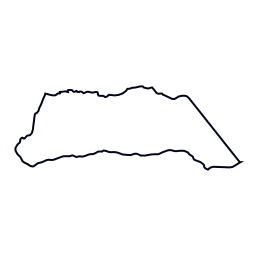 an SVG outline of Arauca
{"feature_id": "COL-1420", "entity_name": "Arauca", "entity_type": "Intendancy", "adm_level": 1, "iso_a3": "COL", "parent_name": "Colombia", "parent_adm1": "", "projection": "orthographic", "projection_center": [-71.152, 6.563], "detail": "fine", "context": "isolated", "style": "outline", "palette": "ink", "viewbox_px": 256, "rotation_deg": 0, "n_neighbors": 0, "source": "natural_earth", "source_scale": "10m", "svg_char_len": 2695}
<svg xmlns="http://www.w3.org/2000/svg" viewBox="0 0 256 256"><path d="M45.3,93.6L51.7,95.2L54.2,95.4L55.4,95.2L56.3,94.7L57.0,94.0L58.0,93.4L58.8,93.4L59.7,93.5L60.1,93.3L59.9,91.9L62.2,91.8L64.0,91.5L65.8,91.4L68.0,92.0L67.7,90.7L68.2,90.1L69.2,90.0L71.8,90.1L72.4,90.5L72.9,91.2L73.8,91.8L74.3,91.9L74.9,91.7L75.9,91.1L76.6,90.9L76.9,91.2L77.1,91.7L77.3,91.9L78.8,92.0L78.8,91.9L80.3,91.5L82.0,91.9L83.6,93.2L84.5,92.9L86.5,92.0L87.7,91.7L88.9,91.9L91.4,92.5L92.7,92.6L95.9,92.0L97.1,92.1L97.7,92.7L97.9,93.6L98.0,94.6L98.4,95.4L99.4,95.8L103.2,95.9L104.1,96.3L104.7,96.8L105.4,97.1L106.8,96.6L107.8,95.9L108.4,95.2L109.1,94.8L114.5,95.4L118.7,94.9L122.6,93.4L125.8,91.1L126.7,90.0L127.0,89.2L127.6,88.8L129.2,88.8L132.2,87.8L135.5,87.5L140.2,86.4L142.4,86.4L143.0,86.6L144.0,87.6L144.8,87.8L147.4,88.4L148.6,88.4L150.8,87.7L152.1,87.5L152.6,88.0L156.5,92.9L157.3,93.4L158.5,93.7L159.3,93.7L161.1,93.5L161.8,93.5L162.2,93.7L162.7,94.4L162.9,94.7L164.1,95.1L172.1,98.9L174.5,99.0L178.8,96.5L181.6,95.8L184.5,95.7L186.7,96.2L189.2,98.4L190.5,100.1L196.4,107.5L202.3,114.9L208.1,122.3L214.0,129.7L219.9,137.1L225.7,144.5L231.6,151.9L237.5,159.3L239.7,162.1L240.6,162.1L232.9,166.8L229.9,167.4L213.4,166.8L210.9,167.4L208.7,168.8L208.0,169.6L205.5,168.5L204.2,167.0L204.1,165.6L203.9,164.9L203.2,164.2L201.5,162.8L200.0,161.9L194.8,160.0L193.8,159.2L193.4,158.3L193.1,157.5L192.7,156.6L192.1,156.1L189.9,154.7L189.2,154.2L188.3,152.9L187.7,152.3L185.1,151.2L184.0,150.9L182.1,150.7L179.4,150.8L177.2,151.1L175.1,151.1L173.9,151.0L171.5,150.2L169.9,150.1L168.0,150.3L162.7,152.2L159.4,153.8L157.8,154.3L154.9,154.2L150.9,154.5L144.9,155.6L140.7,155.5L140.3,155.3L137.2,153.9L135.9,153.7L134.3,153.9L132.7,154.4L130.9,155.0L130.1,155.1L122.7,154.5L117.2,152.5L114.6,152.1L110.4,152.2L108.6,151.9L106.2,151.0L103.6,150.5L102.1,151.6L100.8,151.4L99.6,151.6L98.7,151.5L97.8,151.7L95.9,152.9L93.1,154.1L90.8,154.1L89.3,154.4L88.0,154.8L86.9,155.3L83.9,156.3L81.9,156.6L80.3,156.4L78.9,156.4L76.6,157.0L75.5,156.7L73.4,155.7L72.6,155.4L71.4,155.6L69.7,156.2L63.9,156.2L61.9,156.7L53.5,159.8L51.1,160.0L49.7,159.8L48.1,159.8L46.6,160.1L42.1,162.2L37.9,163.2L33.5,166.4L32.3,166.4L30.3,166.0L27.9,164.3L24.8,162.8L23.5,161.9L22.4,161.0L20.5,157.2L17.5,154.2L15.8,151.3L15.4,149.3L15.4,148.6L15.7,147.6L17.6,144.4L19.7,142.6L20.2,140.7L20.3,139.7L20.7,138.9L21.4,138.1L22.1,137.8L22.5,137.7L22.8,137.8L23.1,138.1L23.6,138.5L24.2,138.6L24.9,138.2L25.6,137.3L26.4,136.4L27.1,135.8L27.9,135.5L29.0,135.4L30.3,134.9L31.3,133.7L32.0,132.6L32.8,129.9L34.7,115.1L35.2,113.7L36.9,112.9L38.4,111.0L39.4,107.7L40.9,104.9L43.8,97.4L44.7,95.8L45.2,94.0L45.3,93.6Z" fill="none" stroke="#020617" stroke-width="2"/></svg>